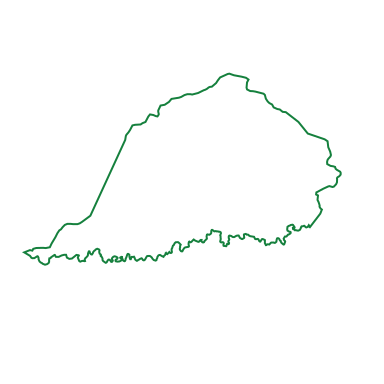 the district of Markounda, Ouham, Central African Republic, rotated 204°
{"feature_id": "33826404B52601033142025", "entity_name": "Markounda", "entity_type": "district", "adm_level": 2, "iso_a3": "CAF", "parent_name": "Central African Republic", "parent_adm1": "Ouham", "projection": "natural_earth1", "projection_center": [17.237, 7.587], "detail": "fine", "context": "isolated", "style": "outline", "palette": "green", "viewbox_px": 384, "rotation_deg": 204, "n_neighbors": 0, "source": "geoboundaries", "source_scale": "gbopen_adm2", "svg_char_len": 5956}
<svg xmlns="http://www.w3.org/2000/svg" viewBox="0 0 384 384"><g transform="rotate(204 192 192)"><path d="M66.2,228.8L67.8,229.2L69.5,230.4L69.8,231.4L70.9,232.8L72.4,234.4L74.1,235.8L75.5,240.1L77.6,240.2L78.2,242.2L73.4,248.4L69.8,252.5L68.8,253.3L65.7,253.7L64.6,254.6L63.5,257.7L63.5,259.8L64.6,262.6L65.2,263.6L65.0,264.7L63.9,266.2L63.3,268.3L63.9,269.9L64.9,270.8L68.8,271.2L70.3,271.7L71.5,273.1L73.5,272.9L76.0,272.2L79.8,272.5L80.8,274.3L81.2,276.3L81.0,277.7L80.0,280.7L80.1,282.3L82.2,285.1L85.7,288.3L88.8,293.5L92.2,294.1L110.0,292.5L123.3,299.3L138.8,303.1L141.8,302.1L145.4,303.1L147.8,302.5L151.8,302.5L154.4,304.5L157.5,304.7L159.7,305.5L162.5,307.3L164.9,310.3L166.6,310.9L174.9,309.5L177.3,308.9L179.9,307.9L183.4,308.1L184.6,309.5L186.3,314.5L186.1,317.7L189.2,318.3L193.7,317.5L201.2,315.7L206.0,315.3L207.4,314.3L212.9,308.1L213.8,304.5L214.3,301.3L216.7,296.3L218.4,295.3L219.3,294.3L220.3,292.3L221.4,290.9L222.7,289.7L226.7,284.9L231.5,281.1L233.3,280.7L236.0,279.5L238.3,277.5L240.5,274.5L242.2,272.9L248.6,268.7L249.7,264.9L252.4,260.6L255.9,258.2L256.0,252.8L255.5,251.6L254.0,249.6L254.0,248.4L254.3,247.0L256.0,246.6L258.6,246.6L261.9,245.8L262.6,243.2L263.0,237.0L265.2,234.8L266.4,232.8L271.4,230.2L273.5,228.6L273.8,223.6L274.3,220.6L275.2,217.6L275.2,216.2L274.2,212.4L275.2,129.0L280.3,120.0L281.8,117.7L283.5,116.1L287.5,114.3L289.7,113.6L292.9,112.2L294.8,110.2L295.9,107.2L296.5,104.6L297.6,103.0L298.2,99.6L298.4,95.2L299.3,87.8L299.4,83.7L302.8,81.3L305.4,80.4L311.5,77.5L313.9,75.5L314.0,73.5L316.4,73.0L320.7,68.6L314.0,67.8L312.0,66.6L310.9,66.6L309.1,67.5L307.4,70.1L307.2,70.4L306.5,70.4L305.4,69.4L304.7,68.0L303.0,66.5L301.3,66.0L300.4,66.1L299.3,65.7L296.7,65.8L295.0,67.2L294.1,68.8L294.1,70.0L295.1,72.3L295.3,73.4L294.8,73.6L294.3,74.2L294.3,74.8L293.9,75.5L292.0,78.6L291.7,78.7L290.0,77.4L287.4,78.5L285.3,81.0L283.3,82.6L281.5,83.4L279.6,81.2L276.9,81.0L274.6,82.4L272.0,87.5L269.8,88.1L269.5,87.9L269.7,86.5L269.6,85.6L267.0,83.1L265.8,82.9L264.5,84.2L263.7,84.7L261.8,85.2L261.6,85.4L262.4,86.3L262.6,86.8L262.5,88.3L262.0,89.2L261.3,91.5L262.0,93.7L262.1,95.8L261.9,96.0L261.4,96.0L260.2,94.6L259.4,94.2L258.5,94.0L258.0,94.2L257.7,95.6L257.8,97.0L257.4,98.5L256.8,99.4L256.6,100.3L255.5,101.6L253.7,101.7L252.8,101.2L252.4,99.5L251.3,98.1L250.0,97.8L249.4,97.3L249.6,96.8L249.4,96.4L247.7,95.8L246.6,94.7L246.1,93.5L245.1,92.8L242.1,92.2L241.6,92.6L241.3,93.3L241.2,95.1L240.8,96.2L240.4,96.5L239.5,96.5L238.1,95.8L237.7,95.4L236.8,95.5L236.4,96.8L236.5,97.2L238.0,98.2L238.1,98.9L237.9,100.0L237.4,101.0L236.5,101.8L235.2,102.0L233.8,101.9L233.3,101.7L233.1,101.2L233.1,100.7L234.1,99.1L234.1,98.6L233.9,98.0L233.4,97.7L231.7,98.1L230.0,99.1L229.1,100.2L228.8,100.8L228.8,101.8L229.0,102.1L230.7,102.6L230.9,102.9L230.2,104.0L229.5,104.2L229.1,103.4L227.5,101.8L226.7,101.3L225.5,101.3L225.2,101.6L225.1,102.9L225.5,104.1L225.4,105.3L225.7,108.7L225.5,109.3L225.1,109.5L223.8,109.3L222.8,107.4L221.5,105.8L221.1,105.5L220.6,105.7L220.8,108.1L219.2,108.8L218.7,109.3L217.9,108.8L217.2,107.9L216.0,107.0L214.4,106.7L214.0,107.0L213.6,107.9L213.1,108.4L212.4,109.6L211.2,110.9L210.7,110.9L209.1,109.9L208.4,109.9L207.7,110.4L207.4,111.5L207.1,114.8L206.8,115.3L205.1,116.2L204.0,116.4L202.0,115.8L201.2,115.1L199.3,114.3L197.4,114.5L196.8,115.2L197.0,116.2L196.9,117.6L197.2,118.5L196.9,120.3L196.3,121.1L195.6,121.5L193.2,121.2L191.7,121.2L191.7,121.9L191.0,123.5L190.9,124.2L191.2,125.3L191.0,125.8L190.2,125.2L189.3,125.2L188.3,128.0L187.3,127.5L186.7,127.6L186.2,127.9L185.9,128.5L186.0,129.1L187.0,130.6L187.4,131.6L187.3,132.7L187.6,135.2L187.1,136.0L187.0,138.1L186.5,139.4L184.4,140.5L183.4,140.3L180.9,139.3L180.9,137.7L180.4,136.8L180.1,135.3L179.6,134.4L178.0,133.5L177.1,133.6L176.7,133.9L176.6,136.0L176.2,137.8L175.7,138.6L172.9,140.5L172.7,141.0L172.8,141.4L173.8,142.7L174.3,143.9L174.5,145.1L174.3,145.6L173.0,145.4L172.6,145.7L172.2,146.3L171.5,148.4L171.1,149.3L169.4,148.9L166.0,149.0L165.5,149.3L164.8,151.3L164.5,151.8L163.8,152.1L163.5,150.8L161.9,150.3L161.0,150.6L160.6,151.1L160.7,151.9L159.4,155.4L160.6,157.3L161.0,159.1L160.6,159.6L158.9,159.9L158.2,160.8L157.8,161.7L157.8,162.4L158.6,164.5L158.5,165.4L158.2,165.6L157.2,165.5L155.6,165.1L154.3,166.0L153.5,166.0L152.1,166.6L151.4,166.6L150.5,167.0L149.5,166.9L148.8,166.2L148.6,163.9L148.1,163.5L147.1,161.5L146.6,160.8L146.2,158.5L146.0,158.1L145.2,157.8L144.6,157.9L143.9,158.5L143.1,158.7L142.5,158.5L142.1,158.0L141.8,156.4L141.2,155.7L138.7,156.4L138.6,156.7L138.9,158.6L138.7,159.0L137.6,159.1L137.2,159.7L137.4,160.5L138.6,161.4L138.8,162.0L138.6,163.6L138.8,164.0L139.8,165.0L140.4,166.5L140.3,167.1L139.9,167.5L138.1,167.8L137.0,167.5L136.2,167.5L135.1,168.0L133.6,170.1L132.1,171.1L131.6,171.2L129.6,169.6L127.4,169.3L126.9,169.5L125.8,171.0L125.7,171.5L127.2,174.0L127.2,174.5L125.8,175.6L124.6,175.3L123.7,175.8L123.0,175.8L122.4,175.4L120.9,175.3L117.1,176.3L115.3,174.8L114.3,174.9L113.3,175.7L112.6,175.9L112.0,175.7L110.7,174.6L109.9,174.3L109.4,174.5L109.0,177.2L108.7,177.6L108.0,177.8L106.2,177.8L105.8,177.7L104.7,175.0L102.9,173.5L102.4,173.8L102.1,174.7L101.5,175.1L100.0,175.5L99.3,177.7L98.9,178.1L96.8,179.1L96.1,179.0L95.3,179.5L94.7,180.9L95.3,183.0L95.4,184.2L94.9,184.7L94.1,184.9L93.2,184.6L92.0,183.5L91.2,183.5L90.6,182.7L89.5,181.9L87.1,181.2L86.7,181.4L86.5,181.7L86.7,184.6L87.1,185.0L88.3,185.5L89.3,186.7L89.0,189.1L87.6,189.8L87.0,192.0L86.5,192.3L85.3,194.1L85.2,194.6L85.5,195.4L85.9,195.6L87.2,195.3L89.1,195.6L89.9,196.7L90.6,199.0L89.9,200.3L88.9,201.2L88.4,202.0L86.9,203.0L86.3,203.0L83.9,201.5L83.8,201.0L84.1,200.6L85.1,200.6L85.3,200.4L84.7,199.3L84.3,199.2L83.7,199.4L82.4,198.9L81.9,199.3L79.8,199.7L79.1,200.0L78.0,201.4L77.9,203.6L78.1,204.0L77.9,205.2L76.9,205.7L75.8,206.8L75.5,206.8L73.9,206.1L73.2,206.1L72.2,207.1L72.0,207.6L71.8,209.2L71.3,208.9L71.2,208.6L70.5,207.9L70.0,207.8L66.0,224.4L66.2,228.8Z" fill="none" stroke="#15803d" stroke-width="2"/></g></svg>